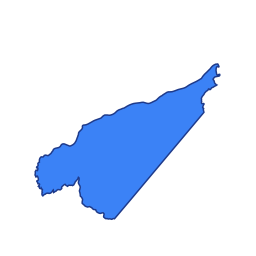 outline of Boa Vista, Roraima, Brazil, rotated 220°
{"feature_id": "56859067B27069997070739", "entity_name": "Boa Vista", "entity_type": "district", "adm_level": 2, "iso_a3": "BRA", "parent_name": "Brazil", "parent_adm1": "Roraima", "projection": "equal_earth", "projection_center": [-60.644, 3.017], "detail": "fine", "context": "isolated", "style": "filled", "palette": "blue", "viewbox_px": 256, "rotation_deg": 220, "n_neighbors": 0, "source": "geoboundaries", "source_scale": "gbopen_adm2", "svg_char_len": 5221}
<svg xmlns="http://www.w3.org/2000/svg" viewBox="0 0 256 256"><g transform="rotate(220 128 128)"><path d="M80.0,49.8L79.9,76.1L79.9,78.3L79.9,80.7L79.9,82.1L79.9,91.5L79.9,93.4L79.9,145.2L79.9,146.7L79.9,147.7L79.9,155.7L79.9,161.3L79.9,162.2L79.9,188.8L80.9,189.6L82.0,190.3L82.3,190.9L82.5,191.5L83.1,191.7L83.7,191.5L84.1,191.8L84.5,192.8L84.9,193.9L85.0,194.8L85.2,195.3L85.7,195.4L86.1,195.1L86.6,194.5L87.0,194.2L87.7,194.3L88.0,194.6L88.4,195.0L88.7,195.8L89.3,196.1L89.9,197.0L90.8,197.8L91.1,198.6L91.4,200.0L91.4,202.2L91.5,202.9L91.7,203.7L91.8,204.2L91.7,205.6L91.7,206.4L91.5,207.1L91.2,207.7L91.1,208.4L91.4,209.4L91.2,210.0L89.9,210.0L89.6,210.7L89.8,212.5L89.1,213.7L88.6,215.3L88.1,216.6L87.7,217.4L87.6,218.0L88.2,217.8L88.9,218.0L89.8,218.0L90.6,218.2L91.1,218.5L91.4,218.8L92.3,219.4L92.9,219.7L93.9,219.8L94.3,220.3L94.4,221.5L94.2,223.1L93.8,223.6L93.4,224.1L91.8,226.1L91.5,226.6L91.5,227.2L91.8,227.7L92.2,228.0L92.6,227.8L92.9,227.3L93.1,226.5L93.7,226.0L94.5,226.1L95.5,226.9L96.1,227.4L97.5,228.6L98.7,230.2L99.1,231.1L99.3,231.6L99.2,232.2L98.8,232.6L97.9,232.9L97.7,233.4L98.3,233.8L99.5,234.4L100.1,234.7L100.6,234.6L101.2,233.9L101.6,233.4L102.0,233.1L102.4,232.0L102.7,231.4L103.1,229.8L103.2,228.0L103.1,226.0L103.3,224.3L103.5,221.8L103.9,218.3L103.9,215.6L103.6,213.2L104.0,212.0L104.7,209.9L105.6,207.5L107.9,202.5L108.9,199.9L109.6,197.4L110.2,195.7L111.1,194.1L111.9,193.0L114.2,189.8L116.4,185.9L117.6,184.1L118.5,183.2L119.6,182.2L120.4,181.5L121.1,180.4L121.8,178.2L122.5,176.1L122.8,174.5L123.4,173.2L123.8,171.5L124.1,168.8L124.1,168.1L124.3,167.3L125.0,165.7L125.9,163.8L126.1,163.2L126.6,162.2L127.2,161.0L128.1,159.9L129.3,159.1L132.7,157.6L133.3,157.1L134.0,156.4L135.4,154.7L137.9,152.1L139.4,150.4L140.5,148.7L141.7,146.5L142.7,144.1L143.8,140.8L144.6,139.7L145.0,139.0L145.3,138.2L146.0,137.1L146.7,135.9L147.3,134.2L147.7,130.9L148.0,129.9L148.4,128.9L148.9,127.9L149.4,127.1L150.1,126.1L150.7,125.6L152.1,124.7L153.6,123.5L154.2,122.9L154.4,122.4L154.6,121.8L154.8,121.2L155.0,119.0L155.1,118.3L155.3,117.8L158.3,112.7L159.0,111.2L159.8,109.0L161.1,105.6L161.6,104.6L162.3,103.4L162.9,102.7L163.7,101.9L164.1,101.4L164.3,100.6L163.9,99.8L163.1,99.0L162.8,98.3L162.6,97.3L162.8,95.0L162.9,94.4L162.9,93.6L162.8,92.9L162.6,92.3L162.2,91.8L161.5,90.5L161.3,89.6L161.0,89.1L160.8,88.4L160.1,86.5L159.5,84.8L159.3,83.4L159.1,82.3L159.2,81.3L159.3,80.3L159.9,78.6L160.5,77.3L160.9,76.9L161.2,76.6L166.2,75.0L166.8,74.7L167.6,74.0L168.0,73.5L168.3,72.4L168.1,70.9L168.0,70.2L168.2,69.4L168.4,68.8L168.7,68.2L169.4,67.3L170.4,66.0L171.0,65.0L171.3,64.0L171.3,63.3L171.0,62.8L170.9,62.2L170.9,61.4L170.9,60.8L170.7,59.3L170.7,58.7L170.9,57.8L171.1,57.1L171.2,56.1L171.5,55.4L173.7,54.3L174.5,53.2L174.3,51.6L175.1,50.6L175.7,50.3L176.1,49.6L176.1,48.8L175.9,47.8L175.6,47.0L174.8,45.9L174.5,45.4L173.9,44.9L174.2,44.0L174.3,43.5L174.2,42.9L173.8,42.4L173.2,42.1L172.7,41.4L172.7,40.5L172.9,39.8L172.8,39.2L172.4,38.8L171.7,39.4L171.2,39.3L170.2,37.9L170.1,37.1L170.8,37.0L171.3,36.6L171.0,34.9L170.1,34.0L169.7,33.4L169.0,32.2L168.1,32.1L167.5,31.4L167.0,31.3L166.9,32.3L166.4,32.9L164.4,31.8L164.0,31.4L163.6,31.0L163.3,30.5L163.3,29.9L163.8,29.1L163.4,28.4L162.1,28.2L161.2,27.4L159.9,28.2L159.6,28.1L159.3,27.3L159.2,25.8L158.4,26.2L158.0,25.5L157.5,25.3L156.8,25.0L156.1,25.3L155.6,25.5L155.9,26.2L155.4,26.0L154.9,25.7L154.4,25.9L153.8,25.7L153.4,24.5L153.0,24.1L152.7,23.8L152.2,23.7L152.2,23.1L151.8,22.5L151.1,21.7L150.7,21.4L150.2,21.4L149.6,21.3L149.6,21.9L149.4,23.0L149.3,23.5L148.9,24.0L148.8,24.6L148.6,25.3L148.3,25.7L147.8,26.3L147.4,26.7L147.0,26.9L146.4,27.1L146.1,27.5L145.8,28.0L145.4,28.4L145.4,29.3L145.3,29.8L145.1,30.6L145.4,31.3L145.5,31.8L145.4,32.5L143.5,30.8L143.2,31.6L143.1,32.3L142.8,32.9L142.5,33.5L142.6,34.1L142.4,34.9L142.1,35.8L141.7,36.1L141.1,36.5L140.2,37.0L140.0,37.7L139.9,38.5L139.9,39.1L140.7,39.8L140.9,40.5L140.8,41.5L140.5,43.3L140.2,44.1L139.8,44.5L139.0,44.2L138.4,44.2L137.6,44.4L136.9,44.4L136.7,45.1L136.7,45.8L136.0,46.6L135.4,46.9L134.9,47.5L134.4,47.8L133.9,48.3L133.4,48.3L133.2,48.9L133.0,49.7L133.2,50.3L133.3,51.3L133.7,52.5L133.8,53.2L133.7,54.4L133.7,55.0L133.7,55.7L133.7,56.9L134.0,57.4L134.3,58.3L133.5,58.3L133.2,58.1L132.6,57.4L132.1,56.8L131.8,56.0L131.5,55.3L131.2,54.6L130.9,54.3L130.4,53.8L127.6,52.7L127.1,52.4L126.4,51.8L125.8,50.7L125.5,50.1L125.2,49.4L124.9,48.7L124.1,48.0L123.5,47.7L122.5,46.9L121.9,46.4L121.0,45.4L120.5,45.1L120.0,45.2L119.3,45.1L118.3,44.8L117.9,44.6L117.3,44.4L116.8,44.0L116.2,43.0L115.6,41.9L115.2,41.4L114.8,41.2L114.6,40.8L114.1,40.8L113.2,40.8L112.3,40.8L111.8,40.7L111.2,40.6L110.6,40.7L109.9,40.8L109.0,41.2L108.4,41.3L107.7,42.1L107.3,42.6L106.8,43.2L105.8,43.3L105.0,43.6L104.5,43.5L103.9,43.6L103.1,43.4L102.5,43.4L101.7,43.6L100.6,44.4L100.2,44.6L99.6,44.2L99.1,44.1L98.4,43.7L97.9,43.7L97.2,43.7L96.0,44.0L95.1,44.3L94.4,44.7L94.0,45.1L93.8,45.5L93.5,46.0L93.1,46.6L92.2,47.1L91.4,46.9L90.9,46.6L90.6,45.9L89.7,44.4L89.2,44.1L88.6,44.2L87.4,44.1L86.9,44.2L86.5,44.5L86.1,44.8L85.8,45.2L85.2,45.4L84.8,45.5L84.5,45.7L84.0,46.3L83.5,46.8L82.4,47.3L81.8,47.6L81.5,48.1L81.3,48.8L81.0,49.2L80.6,49.5L80.0,49.8Z" fill="#3b82f6" stroke="#1e3a8a" stroke-width="1.5"/></g></svg>